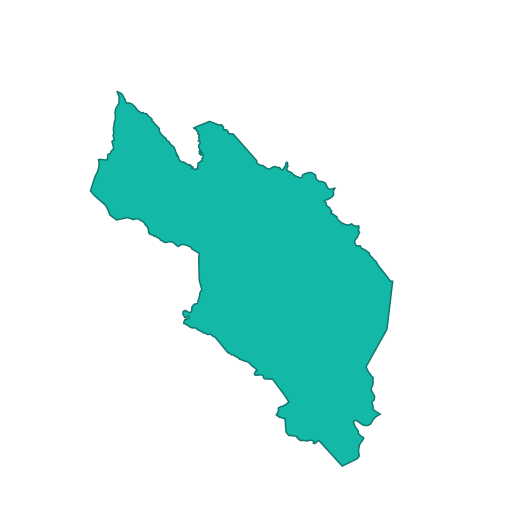 Comayagua, Comayagua, Honduras, rotated 45°
{"feature_id": "27666195B46551792620795", "entity_name": "Comayagua", "entity_type": "district", "adm_level": 2, "iso_a3": "HND", "parent_name": "Honduras", "parent_adm1": "Comayagua", "projection": "albers", "projection_center": [-87.636, 14.476], "detail": "fine", "context": "isolated", "style": "filled", "palette": "teal", "viewbox_px": 512, "rotation_deg": 45, "n_neighbors": 0, "source": "geoboundaries", "source_scale": "gbopen_adm2", "svg_char_len": 6106}
<svg xmlns="http://www.w3.org/2000/svg" viewBox="0 0 512 512"><g transform="rotate(45 256 256)"><path d="M263.9,152.3L263.3,153.0L261.6,156.2L259.8,157.1L258.1,157.1L253.4,155.3L250.3,156.5L248.2,158.3L245.7,159.1L243.4,158.6L240.8,156.6L236.1,157.8L234.5,159.4L232.9,162.2L231.7,165.1L231.7,166.1L232.8,167.4L232.9,168.6L231.7,169.5L227.0,171.6L223.7,172.1L222.5,171.8L221.1,172.2L219.2,173.3L217.5,173.2L216.4,172.8L215.9,172.3L215.4,171.5L215.1,169.9L214.0,169.3L212.3,167.7L211.8,167.7L211.4,168.2L211.4,168.9L212.9,171.2L213.8,175.0L213.7,176.5L212.4,177.1L210.2,176.8L208.2,178.3L205.9,179.5L205.1,181.1L204.0,185.0L203.5,185.6L201.8,186.5L200.0,186.6L196.8,187.3L195.0,188.7L192.2,189.6L190.1,189.2L189.1,188.1L153.4,185.9L153.1,186.7L151.4,187.6L150.4,188.9L148.2,187.7L146.9,187.5L145.7,187.8L144.2,189.2L143.4,189.3L141.8,187.8L139.1,187.5L137.9,188.4L137.4,189.5L128.0,193.6L122.1,207.6L122.4,208.2L121.5,209.5L122.1,209.6L123.7,208.9L125.9,209.5L127.0,209.1L128.5,210.8L129.2,210.8L130.5,210.4L131.6,212.8L133.7,213.5L133.9,215.5L135.7,215.0L136.6,215.4L137.1,217.8L138.0,219.1L139.2,219.9L142.3,220.8L141.8,221.6L141.9,222.1L144.2,220.9L144.9,220.8L144.7,221.5L143.2,223.0L143.2,223.6L145.6,223.6L146.1,223.2L146.4,222.1L146.6,222.0L148.8,223.5L148.9,225.4L150.0,226.3L150.5,227.0L149.8,228.1L149.9,229.9L149.4,231.5L151.3,233.2L151.5,234.1L152.1,234.7L153.3,235.6L151.9,236.9L151.6,238.1L151.1,238.5L149.7,238.4L149.1,238.8L148.5,238.0L148.2,239.1L147.4,238.2L146.8,238.5L145.8,238.0L145.2,238.0L144.8,238.2L144.8,239.0L144.0,239.0L143.3,239.5L141.8,240.0L138.3,240.7L136.9,242.0L134.8,242.4L133.0,242.0L130.9,240.6L130.2,240.6L129.4,241.2L128.8,241.1L128.8,240.2L126.0,239.3L121.3,237.0L119.4,237.0L118.9,237.4L118.0,237.3L117.4,237.7L116.7,237.2L115.8,237.6L113.9,236.6L111.2,237.4L109.6,236.6L104.1,237.0L100.7,236.5L98.5,235.4L97.9,234.5L97.1,234.3L95.7,234.1L89.9,234.1L88.4,233.6L86.8,234.1L85.8,232.8L84.0,232.8L82.9,232.9L81.5,233.4L80.3,232.9L78.0,232.9L76.2,234.2L74.6,234.6L74.1,235.7L70.1,236.6L67.8,236.6L65.7,236.1L61.0,236.2L58.3,237.4L57.1,238.3L56.7,239.2L56.3,239.4L55.1,239.2L52.5,237.9L47.8,236.5L45.9,236.3L42.2,237.7L41.1,237.7L44.1,239.2L46.0,239.7L49.5,243.1L51.4,245.6L52.4,250.4L52.9,251.4L55.1,254.6L57.7,256.5L59.6,258.5L60.9,261.2L63.6,264.5L64.6,266.3L67.6,269.0L68.7,269.4L69.3,271.4L70.2,272.2L73.2,273.7L73.7,274.3L73.0,276.0L73.2,276.9L79.3,280.5L79.6,284.5L80.5,286.5L79.5,288.9L82.8,293.2L81.2,295.0L77.8,297.5L76.5,299.3L79.5,301.3L82.2,304.6L84.4,308.6L85.8,313.3L92.9,327.0L98.7,327.5L112.8,326.6L114.9,326.8L118.8,328.1L123.6,330.3L131.8,329.2L137.7,320.2L138.4,319.4L143.4,317.1L144.7,314.8L147.0,312.6L148.6,312.7L151.6,311.7L153.3,311.6L155.8,312.2L157.1,312.0L159.9,312.7L161.8,313.8L163.1,315.0L165.1,315.7L167.9,314.5L168.8,313.7L169.5,314.0L170.3,314.0L170.6,313.1L173.3,312.7L175.6,311.8L177.1,312.3L178.8,311.8L179.6,311.0L180.4,311.3L181.6,311.1L183.1,309.6L184.8,307.0L186.9,305.3L188.9,304.8L191.3,304.8L194.3,304.2L195.2,300.4L198.0,298.1L203.2,295.9L204.0,295.9L205.9,296.4L208.1,295.7L213.7,294.4L215.5,295.9L216.7,297.7L233.1,313.3L241.6,318.2L241.9,320.4L242.5,321.8L244.7,324.7L246.8,328.8L247.9,330.1L248.0,331.4L246.7,333.1L246.4,333.9L246.5,335.8L246.8,337.3L247.3,338.1L249.2,340.2L249.6,341.0L249.4,342.4L248.6,343.3L244.7,344.3L243.8,346.1L243.9,347.1L245.5,348.9L249.2,349.8L250.2,349.2L250.3,347.3L250.7,346.6L251.3,346.2L251.9,346.2L252.4,347.4L252.2,348.8L250.8,351.4L251.8,353.9L252.7,354.8L253.8,354.0L255.7,353.8L255.9,353.2L257.2,353.0L258.5,353.2L260.8,352.5L262.2,351.6L263.2,350.2L264.5,349.5L266.4,349.5L272.0,347.6L273.2,347.7L274.8,346.1L276.2,346.2L277.6,345.5L278.2,344.5L279.5,343.3L280.6,343.3L281.0,343.0L281.4,343.2L282.7,343.2L283.3,342.6L284.7,342.3L304.9,344.3L306.2,343.1L308.2,343.4L309.6,342.1L313.7,341.2L315.1,340.5L317.7,340.6L318.4,339.8L319.8,339.5L325.4,336.6L327.1,336.4L330.1,336.6L336.0,335.8L337.2,335.9L337.8,336.3L337.9,336.8L337.1,337.6L338.0,339.4L338.0,340.3L339.6,340.9L340.4,339.7L340.9,339.7L341.2,339.0L342.1,338.4L343.3,336.4L346.0,335.6L346.4,335.7L346.7,336.3L347.6,336.9L349.2,336.6L350.0,336.0L350.5,334.9L351.6,334.5L352.1,333.6L353.3,333.0L354.3,331.3L374.3,334.2L382.4,335.9L382.1,340.1L381.2,342.4L381.4,343.3L380.9,344.1L380.1,344.7L379.3,347.4L379.9,348.4L381.2,349.1L381.5,350.3L382.6,352.4L382.4,353.5L382.7,354.0L386.5,353.5L387.7,352.6L389.6,351.8L391.5,350.5L401.7,359.2L405.6,359.7L406.6,359.4L407.4,358.4L408.8,357.5L411.5,355.1L413.9,355.4L414.9,355.2L415.8,355.5L416.8,355.1L417.7,355.2L419.7,353.4L419.9,352.5L421.6,351.7L423.0,350.7L423.7,349.0L425.5,347.0L427.7,346.2L428.2,346.6L428.9,347.8L429.7,347.6L430.2,346.7L430.7,342.0L465.5,343.6L470.9,327.7L470.6,325.0L470.2,324.2L466.1,321.2L462.8,316.5L462.4,315.4L461.4,309.7L460.7,308.4L457.6,309.1L454.3,309.2L452.6,307.9L451.1,307.1L448.8,307.0L445.2,306.0L444.4,305.4L442.7,304.8L441.8,303.7L442.3,302.4L443.5,301.3L450.8,300.0L452.7,299.0L454.6,297.2L455.3,295.9L455.8,293.8L455.6,292.6L454.7,289.8L454.4,286.9L454.7,283.5L455.7,280.1L447.4,281.8L444.4,279.0L441.3,277.7L441.3,274.3L439.4,271.6L438.5,271.1L433.6,269.9L431.6,268.8L430.3,266.3L429.8,264.7L428.4,262.7L427.3,261.9L424.9,259.2L422.7,259.3L419.8,258.6L417.3,258.4L412.4,256.6L411.9,255.6L400.4,215.2L370.5,177.2L369.8,177.7L369.2,178.8L367.4,178.5L366.8,178.7L364.7,178.1L349.3,176.3L344.3,174.9L342.3,175.3L339.6,174.9L336.7,175.0L335.1,174.6L333.7,173.7L331.6,174.3L329.8,174.3L327.0,175.1L325.4,175.9L324.2,175.8L322.5,175.1L319.9,177.8L319.4,177.9L316.3,176.7L315.1,175.5L314.6,173.9L314.6,171.3L313.7,169.6L312.5,166.1L312.4,165.9L311.4,166.1L310.7,165.6L309.4,164.4L308.8,163.1L307.4,162.1L305.5,164.3L303.1,165.5L300.9,165.6L299.6,168.8L296.6,170.7L294.2,171.7L291.7,172.3L287.7,172.3L286.4,171.9L285.3,171.0L284.1,171.5L280.5,172.0L278.9,173.1L278.2,172.6L278.3,171.4L277.5,170.5L277.1,170.7L275.7,170.5L273.7,169.7L272.8,170.3L269.9,170.3L268.1,168.9L266.0,168.8L265.3,168.6L265.4,167.5L266.8,165.4L268.0,160.7L267.7,158.0L266.9,157.1L265.2,156.0L264.3,154.0L263.9,152.3Z" fill="#14b8a6" stroke="#0f766e" stroke-width="1.5"/></g></svg>